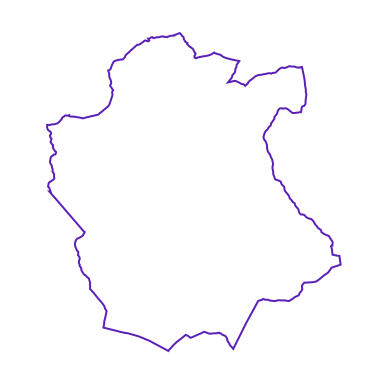 Fardea, Timis, Romania, rotated 266°
{"feature_id": "2599482B51833056791776", "entity_name": "Fardea", "entity_type": "district", "adm_level": 2, "iso_a3": "ROU", "parent_name": "Romania", "parent_adm1": "Timis", "projection": "mercator", "projection_center": [22.228, 45.733], "detail": "fine", "context": "isolated", "style": "outline", "palette": "violet", "viewbox_px": 384, "rotation_deg": 266, "n_neighbors": 0, "source": "geoboundaries", "source_scale": "gbopen_adm2", "svg_char_len": 5931}
<svg xmlns="http://www.w3.org/2000/svg" viewBox="0 0 384 384"><g transform="rotate(266 192 192)"><path d="M309.1,310.4L309.0,309.7L308.5,308.8L308.9,307.4L308.7,306.6L309.0,305.1L310.0,302.9L310.2,299.9L310.7,298.2L310.5,297.2L309.7,295.0L309.2,293.1L309.3,292.4L309.9,290.8L309.8,290.5L309.6,289.5L308.5,287.5L305.5,284.0L305.2,283.2L305.1,280.6L304.5,279.1L305.1,278.1L305.1,275.9L304.7,274.3L304.6,272.3L304.1,269.3L304.1,267.2L303.9,265.9L302.9,263.1L301.0,260.6L299.5,258.1L297.7,255.9L296.6,255.4L294.2,252.5L294.8,252.2L295.8,251.1L295.9,250.3L296.5,248.6L297.7,246.9L299.6,243.5L299.8,242.7L299.8,241.4L299.0,237.5L298.8,235.5L303.3,239.7L305.7,240.5L308.2,243.0L309.1,243.3L311.9,244.0L313.1,244.7L314.7,245.3L315.9,245.4L317.1,246.6L318.0,247.2L318.3,247.5L319.3,248.4L319.6,247.8L319.9,246.1L321.5,240.6L323.4,234.9L325.1,231.8L326.3,230.7L326.9,229.7L327.5,228.4L327.7,227.5L328.0,226.9L328.6,225.1L329.0,224.4L329.6,223.9L327.8,220.6L327.1,218.0L326.9,217.1L327.0,216.4L326.5,214.0L326.6,213.3L326.4,211.2L326.2,210.4L326.2,208.9L325.8,208.1L325.8,207.3L325.1,205.3L325.8,204.6L325.8,204.1L326.7,203.8L328.0,204.1L329.2,205.0L330.1,205.2L331.5,204.2L334.4,203.0L335.1,202.6L335.5,201.8L336.4,201.1L337.1,199.8L340.0,197.4L341.0,197.8L341.6,196.7L342.2,196.0L343.4,195.3L345.3,194.5L347.1,194.4L348.3,193.0L349.3,192.6L351.3,191.0L351.4,190.6L350.3,187.6L350.3,187.2L349.5,184.6L349.3,184.7L349.3,181.3L348.6,178.9L348.2,178.1L348.2,177.6L348.8,175.7L348.8,174.5L349.2,174.1L349.3,173.6L349.2,171.8L348.7,170.4L348.9,167.4L348.4,166.2L348.2,164.2L348.7,163.9L349.2,163.4L349.1,162.0L347.8,159.9L348.0,159.7L348.0,159.0L346.2,160.0L345.4,159.1L345.5,158.3L346.3,156.3L346.4,155.4L344.5,152.8L343.1,150.4L342.7,149.4L342.6,148.5L342.7,147.6L337.1,140.3L335.5,138.5L333.6,135.9L332.6,135.0L331.1,134.4L329.8,133.0L329.4,132.8L329.2,132.3L329.0,131.4L329.1,130.6L328.9,127.4L328.6,126.5L328.5,125.7L328.1,124.0L327.5,123.0L323.8,120.8L320.3,119.3L319.5,118.3L319.2,117.4L319.2,117.0L319.0,116.8L315.8,117.7L312.8,117.5L311.9,117.7L309.4,118.7L307.4,119.0L306.0,118.9L303.9,117.7L302.9,118.1L300.9,119.4L298.8,120.4L298.3,119.8L296.7,119.2L295.0,119.5L293.5,119.2L284.6,115.5L282.9,113.8L279.7,109.3L277.9,107.0L277.2,105.6L275.8,104.1L274.8,98.4L274.6,96.4L274.3,95.4L274.1,93.5L273.1,88.3L273.2,87.8L274.2,85.1L274.4,83.4L274.7,82.5L275.5,79.4L275.4,78.1L276.1,74.8L276.3,74.6L277.2,74.8L276.8,73.5L277.2,71.3L277.1,70.9L275.6,68.3L275.0,67.7L273.5,66.9L272.8,66.0L271.4,64.7L269.9,62.7L269.2,59.7L269.2,57.7L269.2,56.7L268.9,55.9L268.8,54.6L269.0,52.1L267.3,52.1L266.6,51.9L264.6,52.4L263.5,53.1L262.8,53.9L262.2,54.9L260.7,55.6L260.0,55.5L258.3,54.2L257.0,54.4L256.6,54.7L255.9,54.7L255.4,55.2L254.9,55.6L254.5,55.5L252.0,54.4L251.2,54.5L249.9,55.5L249.3,55.7L248.9,56.4L247.2,56.7L246.5,56.3L245.8,56.3L242.7,57.9L241.4,59.2L241.1,59.2L239.5,58.7L239.0,58.0L238.9,56.5L238.3,56.1L237.1,54.1L236.7,53.7L236.1,53.4L233.5,52.9L232.4,52.4L231.9,52.4L230.2,52.8L227.9,54.0L226.0,54.1L224.9,54.5L223.6,54.6L222.1,54.2L220.0,55.5L219.2,55.7L216.7,55.4L215.8,55.7L214.7,55.3L214.0,54.6L211.5,50.2L210.4,49.5L207.5,48.8L206.2,49.9L202.1,50.9L202.3,49.8L195.1,55.3L160.6,81.0L159.5,82.2L156.4,80.2L155.7,79.4L154.3,76.7L153.6,74.7L152.9,73.5L151.7,72.7L149.3,71.8L148.4,71.5L146.9,71.6L144.9,72.0L141.5,73.2L140.8,74.0L140.2,74.4L139.5,74.2L138.4,74.2L137.0,73.9L135.0,75.1L133.1,75.4L131.4,74.5L129.4,74.2L128.6,74.3L127.4,74.9L125.9,74.8L124.3,76.0L121.4,76.3L117.6,78.3L116.9,79.0L116.4,80.0L115.5,80.5L114.3,81.6L114.0,81.8L113.2,83.0L108.0,84.1L106.5,83.6L105.1,83.9L102.6,83.4L98.0,87.0L92.0,91.2L88.0,94.3L84.1,96.6L82.0,97.1L79.0,98.5L72.4,96.6L69.3,95.5L66.8,95.2L62.9,94.2L57.5,110.7L56.4,114.2L55.6,118.0L51.7,128.8L46.4,139.4L35.1,157.3L35.7,157.6L37.7,159.9L41.0,163.3L42.9,165.6L48.6,174.0L49.9,175.6L48.9,177.7L46.6,180.5L50.0,189.9L50.4,191.5L51.3,193.1L51.4,193.8L51.6,194.2L51.6,194.9L49.9,198.3L49.4,199.9L49.4,202.2L49.5,204.0L49.4,207.1L49.8,208.8L49.8,209.2L49.1,210.0L49.0,210.8L47.8,211.9L46.0,215.3L44.0,216.5L42.5,216.9L42.0,216.7L39.6,217.8L38.5,218.6L37.1,218.9L36.2,219.4L34.4,221.0L32.6,222.2L57.5,236.9L78.8,250.5L79.5,254.2L80.1,254.9L80.3,255.7L79.4,257.6L79.2,260.5L78.7,261.2L78.3,262.1L77.4,267.0L77.4,267.6L78.0,270.4L77.2,278.1L76.8,279.1L76.5,281.1L77.6,283.6L80.1,287.5L81.3,290.8L81.9,291.5L83.8,292.4L85.6,294.2L86.8,295.0L87.5,295.2L90.6,295.1L91.7,295.7L93.7,297.6L93.6,305.8L94.0,309.6L95.5,312.1L100.1,318.6L101.5,321.2L102.4,322.4L106.8,326.0L108.3,332.2L109.2,335.2L117.9,334.6L118.9,330.3L119.7,327.8L125.4,327.6L128.2,326.9L128.9,328.4L129.2,328.5L130.0,328.3L131.1,328.8L132.4,328.8L137.0,326.2L138.6,325.5L139.7,323.0L141.0,320.7L143.0,318.3L144.8,318.1L145.1,317.9L147.6,315.0L149.2,314.1L150.5,313.0L154.8,310.8L156.7,309.1L156.9,308.6L157.4,306.7L158.5,304.8L158.9,304.2L161.0,302.7L161.3,302.2L161.8,301.3L161.8,300.5L162.0,299.1L162.8,298.2L163.4,297.8L164.9,297.3L167.6,296.8L170.3,294.7L171.3,294.1L173.9,293.5L174.7,292.1L177.1,290.6L178.5,289.3L179.0,289.0L180.9,288.6L183.8,286.9L184.9,285.9L186.9,284.7L188.5,284.4L190.3,284.4L191.1,284.1L192.1,283.0L193.5,282.0L194.4,281.6L196.0,281.3L196.4,280.9L197.3,279.4L198.3,276.9L199.1,275.7L201.4,275.2L204.0,274.3L206.5,274.4L209.5,274.0L212.0,274.1L213.6,274.8L214.5,274.8L218.6,274.3L221.4,273.1L223.7,272.5L227.0,270.6L228.9,270.1L232.0,269.9L233.8,270.1L237.0,269.1L239.5,267.6L241.0,267.2L242.1,267.2L245.2,268.3L247.1,269.3L249.6,272.0L251.2,273.1L253.0,275.2L254.8,275.7L255.3,276.0L258.4,278.6L259.8,279.4L261.3,279.5L263.1,281.4L264.1,282.1L266.4,283.1L267.8,283.9L268.8,284.8L269.3,285.6L269.3,286.0L268.9,289.0L269.0,291.1L268.8,291.9L267.3,294.0L264.6,296.8L263.9,297.8L263.7,298.4L263.7,300.6L264.1,306.3L268.3,307.3L269.6,307.9L270.2,310.0L272.1,311.4L276.0,311.8L281.0,312.9L284.4,312.5L286.0,312.7L290.9,312.2L294.3,312.2L298.3,311.9L309.1,310.4Z" fill="none" stroke="#5b21b6" stroke-width="2"/></g></svg>